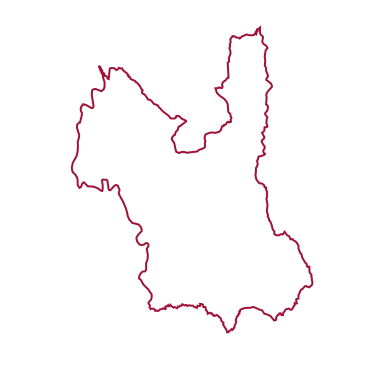 the district of Anserma, Caldas, Colombia, rotated 165°
{"feature_id": "7082276B96193110917166", "entity_name": "Anserma", "entity_type": "district", "adm_level": 2, "iso_a3": "COL", "parent_name": "Colombia", "parent_adm1": "Caldas", "projection": "equal_earth", "projection_center": [-75.766, 5.199], "detail": "fine", "context": "isolated", "style": "outline", "palette": "rose", "viewbox_px": 384, "rotation_deg": 165, "n_neighbors": 0, "source": "geoboundaries", "source_scale": "gbopen_adm2", "svg_char_len": 5969}
<svg xmlns="http://www.w3.org/2000/svg" viewBox="0 0 384 384"><g transform="rotate(165 192 192)"><path d="M301.8,246.5L302.2,243.5L301.8,241.5L300.3,239.3L299.2,235.7L299.4,233.0L300.6,228.4L299.7,225.2L298.1,225.4L295.8,228.5L294.8,229.2L293.9,229.3L291.2,224.5L285.8,222.7L282.5,220.4L279.5,216.8L278.4,216.3L277.3,218.5L276.6,221.3L275.9,226.7L274.5,227.0L271.4,225.9L270.8,224.9L271.8,216.1L271.4,215.2L270.5,214.9L269.6,215.3L265.9,217.8L264.4,218.4L263.0,218.2L262.0,217.0L261.4,212.8L263.0,210.0L263.1,208.7L261.0,200.0L260.1,192.9L260.0,188.4L260.3,185.4L259.7,181.7L257.7,177.6L251.9,174.4L250.3,171.0L250.4,168.3L250.8,167.2L254.7,164.9L257.0,162.9L257.7,161.6L257.8,158.4L256.3,154.9L254.2,153.7L251.7,153.7L250.2,154.5L248.9,154.4L248.0,153.5L247.7,152.4L248.1,150.9L250.5,148.7L250.9,142.7L252.4,138.4L254.7,135.2L256.4,128.7L257.8,127.5L260.3,127.9L262.1,127.0L263.7,125.6L265.4,123.2L265.4,121.9L264.1,120.2L262.9,115.1L259.6,109.5L257.5,103.6L258.3,100.4L259.4,98.7L262.7,96.4L262.7,95.2L262.0,93.4L262.9,91.4L262.2,89.6L261.4,89.8L259.3,89.2L258.6,88.3L258.3,86.8L257.4,87.0L256.3,86.1L255.1,85.9L253.1,86.9L251.7,86.7L250.2,87.1L248.0,85.7L247.5,86.1L247.8,87.4L247.1,88.4L245.4,88.0L244.4,88.8L244.2,87.8L243.6,87.5L242.2,88.7L241.4,87.0L239.8,85.1L238.6,85.4L236.6,83.6L235.2,85.0L233.9,84.5L232.8,85.3L231.5,84.9L230.5,86.1L228.3,84.3L226.8,84.4L226.0,83.1L224.0,83.4L222.6,82.5L220.6,82.0L219.2,79.9L217.9,79.6L217.2,78.8L216.1,80.7L213.9,79.8L213.2,80.4L213.2,81.8L211.2,81.1L210.5,79.9L210.8,78.0L208.8,77.3L209.1,74.3L208.2,72.8L208.3,70.3L206.5,70.8L205.5,69.9L204.5,70.1L204.1,68.5L203.1,68.0L203.3,66.9L201.5,66.4L200.1,66.9L198.8,65.7L198.2,64.2L197.1,63.2L196.9,59.7L195.4,57.4L196.3,56.0L194.4,49.7L194.4,47.4L193.1,47.1L191.9,48.3L190.3,48.4L189.3,49.3L188.6,48.3L187.9,48.6L187.2,49.7L186.2,49.9L185.5,51.8L183.0,54.7L182.8,55.4L183.0,56.5L181.5,59.1L180.5,60.4L179.3,60.6L178.7,62.2L177.6,62.3L177.5,64.0L176.7,64.1L175.7,65.9L170.7,66.3L165.5,65.0L163.2,65.2L161.9,64.7L156.8,60.6L154.9,59.5L153.7,55.8L150.8,54.1L148.1,51.6L145.9,46.6L143.7,46.8L143.3,48.8L141.0,51.0L140.2,50.9L139.0,52.1L137.8,51.9L137.5,50.1L136.1,49.5L135.6,51.0L131.7,54.4L128.7,54.4L127.0,52.6L125.7,52.7L123.9,54.8L122.2,56.0L121.6,58.1L120.7,57.3L119.5,57.3L119.5,60.7L118.8,61.5L116.7,61.5L116.1,64.3L112.1,69.4L110.5,69.7L107.1,71.8L106.1,71.7L105.5,70.9L103.3,69.6L100.0,71.4L99.0,73.7L99.0,76.1L98.5,78.0L98.6,79.8L98.0,80.7L99.2,84.1L98.0,89.5L98.4,89.8L99.5,89.6L100.1,90.2L99.9,93.0L101.0,94.6L102.5,100.3L102.3,103.5L103.2,105.1L103.8,109.9L103.1,112.2L103.8,115.8L105.3,118.0L106.6,119.1L107.2,120.6L109.1,120.8L109.6,124.1L111.3,125.6L112.9,129.6L115.3,127.5L117.0,128.2L119.6,127.7L122.3,128.7L123.4,130.4L122.6,132.7L123.7,134.8L123.6,139.9L124.1,143.5L124.9,144.8L124.5,146.2L125.2,148.7L124.5,150.6L124.8,152.9L124.6,154.5L122.4,159.9L121.8,166.5L120.6,168.1L120.5,169.8L119.5,172.1L119.8,175.5L119.2,177.1L120.6,177.7L120.6,179.9L122.2,182.0L124.9,183.2L126.4,187.0L126.6,189.0L126.2,192.6L125.3,194.0L124.0,198.7L122.5,199.9L121.3,202.0L121.0,205.5L119.8,206.6L118.7,208.9L113.0,209.0L111.6,209.9L112.4,210.9L112.7,212.5L112.3,213.7L110.5,215.5L110.0,216.8L111.3,220.6L111.6,223.0L110.8,224.0L108.7,224.9L107.9,226.4L109.1,230.9L106.2,232.5L105.2,235.7L103.0,235.3L102.1,236.0L102.3,239.4L100.9,243.2L99.8,244.7L101.3,248.2L100.7,249.4L99.0,250.4L97.6,252.1L96.6,254.4L96.6,255.9L97.8,257.5L95.8,262.8L94.9,267.2L92.7,269.6L87.7,272.8L87.3,273.7L87.6,276.3L91.2,281.1L90.8,282.2L88.5,284.3L89.0,289.9L88.4,292.9L88.9,295.6L87.3,299.7L86.7,304.1L84.1,310.0L81.9,311.4L81.8,312.1L82.7,314.5L84.5,316.3L85.2,318.2L85.2,319.2L83.3,323.2L83.5,324.2L85.0,326.6L85.1,327.8L83.8,333.2L84.8,332.6L87.2,332.2L87.9,331.1L87.1,330.6L89.0,330.0L88.5,329.0L89.1,328.9L88.9,328.2L89.2,327.7L90.2,328.7L91.6,327.7L92.6,327.6L96.2,328.7L98.4,330.0L103.4,329.3L106.2,327.9L107.1,328.9L109.6,330.0L110.8,331.5L112.5,332.1L112.8,331.4L113.8,331.1L115.5,329.5L115.9,326.6L117.3,324.9L117.4,322.9L118.7,321.3L118.4,318.5L119.0,315.7L121.7,311.8L122.3,308.5L124.1,307.6L127.1,293.0L128.1,293.1L130.8,291.1L133.5,290.2L135.2,288.1L135.2,285.8L136.0,284.8L136.5,284.7L138.7,286.0L139.7,285.6L142.5,286.1L142.3,281.4L140.5,278.1L136.4,273.1L135.1,269.7L134.8,267.6L136.2,259.8L134.8,257.4L135.1,255.9L134.8,253.1L136.0,251.9L136.1,249.9L136.5,249.6L137.9,250.1L138.3,249.7L138.9,250.4L140.3,250.2L141.9,248.5L143.9,248.4L144.1,247.8L144.8,247.5L145.8,247.7L148.4,244.1L150.6,243.0L154.7,243.2L156.1,244.0L159.8,244.7L163.9,244.1L165.4,242.3L166.1,239.6L165.8,237.7L166.8,236.3L167.8,232.2L169.7,231.2L174.2,230.9L176.5,229.8L187.1,231.3L188.6,232.5L191.9,233.4L194.1,232.9L196.7,234.7L196.9,237.2L196.5,243.1L196.6,244.5L197.7,247.2L197.4,249.6L194.5,251.7L193.7,251.6L192.2,254.2L189.8,255.6L188.0,258.6L186.8,258.6L179.8,261.5L179.2,261.9L179.4,262.5L182.7,265.2L184.8,268.6L187.4,269.6L188.6,267.8L190.1,267.5L193.6,268.7L194.9,271.8L199.1,277.2L202.0,282.5L202.7,284.6L206.1,287.1L207.5,290.4L208.6,291.8L210.6,292.8L211.2,295.2L212.5,298.4L214.6,300.3L214.2,302.2L213.3,302.9L214.5,305.4L214.7,307.5L216.9,312.0L217.8,312.5L218.3,314.1L222.0,317.0L222.3,319.1L222.7,319.6L223.2,319.5L223.9,321.3L223.3,321.4L224.1,323.4L227.0,327.2L227.5,329.5L228.6,329.6L230.5,330.9L231.4,330.0L233.3,329.3L235.4,331.9L238.7,332.7L239.5,332.4L243.3,322.7L243.9,323.1L244.8,326.2L246.5,327.3L246.1,329.2L247.0,330.0L247.5,331.4L247.3,332.7L247.8,333.3L248.1,335.5L248.7,337.4L249.0,337.4L249.4,337.2L249.1,334.1L247.7,326.4L248.3,326.2L248.0,320.7L249.4,315.8L251.0,313.8L253.6,312.9L258.5,316.5L260.8,316.7L262.1,316.1L263.7,311.8L264.8,300.5L266.0,298.9L267.5,299.2L271.8,303.5L274.3,304.9L274.5,304.3L275.5,304.2L277.1,302.8L278.1,300.9L278.3,299.1L277.9,296.7L278.7,294.4L282.2,288.1L283.0,288.3L285.6,286.7L286.5,283.9L286.2,276.2L287.0,274.0L289.4,270.0L290.4,265.5L291.9,261.0L294.1,256.8L299.7,250.9L301.8,246.5Z" fill="none" stroke="#9f1239" stroke-width="2"/></g></svg>